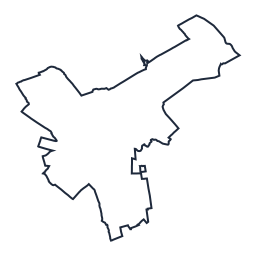 Todireni, Botosani, Romania
{"feature_id": "2599482B63116977359032", "entity_name": "Todireni", "entity_type": "district", "adm_level": 2, "iso_a3": "ROU", "parent_name": "Romania", "parent_adm1": "Botosani", "projection": "natural_earth1", "projection_center": [27.106, 47.62], "detail": "fine", "context": "isolated", "style": "outline", "palette": "slate", "viewbox_px": 256, "rotation_deg": 0, "n_neighbors": 0, "source": "geoboundaries", "source_scale": "gbopen_adm2", "svg_char_len": 5610}
<svg xmlns="http://www.w3.org/2000/svg" viewBox="0 0 256 256"><path d="M79.2,192.1L79.4,191.9L80.0,191.4L80.8,190.4L83.7,188.1L84.6,187.5L86.7,186.0L87.7,185.2L88.8,184.1L93.0,188.5L94.1,189.4L94.7,190.3L95.0,191.6L96.4,195.4L98.3,201.0L99.4,203.3L99.5,204.1L99.4,205.5L99.8,207.4L100.4,208.6L100.7,210.0L101.0,211.5L101.3,212.9L101.5,213.8L101.5,215.0L101.7,216.1L102.2,218.2L102.2,219.6L101.8,220.8L103.3,221.9L105.0,222.7L106.2,224.9L106.6,224.9L107.0,224.7L107.2,224.8L107.5,225.4L107.5,227.4L107.8,228.0L108.0,228.3L108.6,229.6L108.9,230.8L108.6,231.8L109.2,232.9L109.7,235.2L110.0,236.4L110.2,237.6L110.2,238.4L111.0,240.6L112.4,240.2L113.0,239.8L122.3,236.1L121.1,231.9L120.3,227.4L127.9,225.3L128.2,226.1L130.1,228.8L130.3,229.2L131.0,229.2L131.3,228.0L135.4,226.5L138.6,225.1L137.9,224.5L138.9,224.0L139.9,222.9L140.5,222.2L141.9,220.8L143.7,219.4L146.7,223.0L148.2,221.8L146.5,209.6L147.8,209.5L147.7,208.7L151.5,208.1L149.8,195.5L148.5,188.7L146.9,178.5L145.5,178.6L144.4,178.8L141.9,178.9L140.8,172.1L145.7,171.4L144.8,165.9L144.0,166.0L143.7,165.9L143.1,166.1L142.5,166.1L142.2,165.9L141.5,165.8L141.3,165.9L140.6,166.1L140.0,166.1L140.2,166.6L140.1,166.9L140.2,168.3L140.2,168.5L140.4,171.5L140.6,171.9L140.5,173.4L131.8,173.5L131.9,169.3L131.9,166.2L132.0,163.8L132.0,158.3L135.6,159.3L134.8,148.8L135.5,148.9L136.1,149.2L136.5,149.6L136.9,150.1L137.5,150.6L138.2,151.0L139.5,151.1L140.0,151.0L140.7,150.7L142.0,148.6L141.9,147.2L142.2,145.7L142.6,145.5L143.9,144.5L144.4,144.3L144.6,144.5L144.9,145.3L145.1,145.5L146.1,145.9L147.0,146.6L147.3,146.7L147.8,146.7L148.0,146.6L148.3,146.3L148.6,145.5L149.4,144.7L149.5,144.3L149.5,143.7L149.7,143.2L150.3,142.6L151.2,141.9L151.5,141.6L151.5,141.2L150.8,140.2L150.9,139.9L152.0,139.3L152.3,139.2L152.6,139.2L152.9,139.3L153.5,139.7L153.8,139.8L154.3,139.8L155.0,139.6L155.9,139.7L156.6,140.1L157.4,141.0L158.8,141.2L162.7,143.6L165.0,144.1L167.5,144.6L168.1,144.6L168.5,144.2L168.7,143.6L168.7,142.8L168.7,141.8L168.7,141.5L169.1,141.0L170.1,140.2L170.7,139.2L168.6,137.6L171.3,135.0L171.9,134.6L174.2,132.2L175.1,131.5L178.5,128.4L174.9,124.1L169.5,118.0L166.8,115.1L165.8,114.0L163.5,109.8L162.6,106.8L163.1,105.3L163.8,104.4L163.4,102.5L183.2,88.1L192.9,80.5L193.6,80.4L197.9,80.0L201.3,79.3L214.8,77.6L219.4,75.7L218.7,70.7L218.8,69.9L219.0,68.4L219.5,66.9L220.8,64.1L221.0,64.4L221.8,64.4L222.4,64.1L223.1,63.4L223.8,63.3L225.0,63.4L239.6,55.3L235.5,52.1L234.7,51.3L232.7,48.1L231.9,46.1L231.0,44.9L230.5,44.5L230.2,44.2L229.7,43.9L227.2,43.7L226.8,43.6L226.4,43.4L226.1,43.1L225.7,42.6L225.5,42.1L224.6,38.8L224.3,37.8L223.8,37.1L213.7,25.6L204.2,18.9L203.6,18.6L201.5,17.7L198.5,16.3L196.4,15.4L192.1,17.9L188.8,19.5L187.6,20.2L183.7,22.4L182.2,23.3L178.5,25.3L178.0,25.7L178.8,27.4L179.8,28.9L181.1,29.9L181.8,30.7L182.1,31.1L183.4,32.4L183.9,33.2L184.7,33.8L185.1,34.7L185.6,35.5L187.9,38.1L188.3,38.5L189.0,39.0L186.5,40.4L186.2,40.2L174.6,47.0L173.2,47.7L170.5,49.3L160.7,54.7L160.1,54.9L158.5,55.8L156.9,56.7L155.0,58.0L154.0,58.8L152.5,59.8L151.7,60.4L150.1,61.5L147.4,63.2L147.2,63.1L147.1,62.9L147.1,62.6L147.7,61.3L147.9,61.1L147.2,60.4L146.7,60.6L145.5,60.7L145.1,60.7L144.8,60.4L144.0,59.7L143.6,59.2L143.0,58.6L142.5,58.1L142.2,57.7L142.0,57.3L141.4,56.6L141.6,57.6L141.5,58.1L141.6,58.8L142.5,60.2L143.0,61.3L143.3,61.6L143.6,62.2L144.0,62.1L144.3,62.8L144.0,62.9L144.4,63.7L144.5,63.9L144.5,64.1L144.2,65.1L146.9,65.1L146.9,65.4L146.3,66.8L145.9,67.5L145.9,68.1L145.9,69.2L144.5,69.6L142.3,70.6L139.1,72.2L137.7,72.8L137.4,73.0L135.7,74.0L124.7,80.8L122.9,81.9L120.5,83.3L114.3,87.2L114.0,87.5L111.6,88.4L111.1,88.4L110.9,88.5L109.6,89.4L108.5,89.7L106.4,88.1L104.4,88.8L101.5,88.7L99.8,89.2L98.7,89.3L98.1,89.3L97.1,88.9L96.5,88.8L95.7,88.9L94.4,89.3L93.4,89.5L93.2,89.7L93.0,90.4L92.4,91.4L92.4,91.7L92.4,91.9L81.4,95.6L79.4,92.8L75.8,88.2L75.5,87.8L74.0,86.0L73.1,84.7L72.2,83.5L71.1,82.4L70.2,81.3L69.0,80.1L68.8,79.8L68.3,79.4L66.8,77.6L66.2,76.8L65.7,75.5L65.2,74.7L64.2,74.1L63.9,72.8L62.1,71.4L61.5,70.6L60.7,70.2L60.6,69.8L58.0,68.7L56.8,68.5L56.2,68.2L55.5,67.5L54.0,67.1L53.7,66.9L51.9,66.7L51.0,66.7L49.4,67.2L49.0,67.5L47.7,68.1L46.9,69.1L45.8,69.8L44.8,70.3L43.5,71.1L42.8,71.4L42.7,71.3L40.3,72.3L38.7,72.7L38.7,72.9L38.8,73.3L39.8,74.8L30.8,78.0L24.4,80.1L23.6,80.2L22.0,80.9L21.3,81.5L20.2,81.7L19.3,82.2L18.3,82.5L17.8,82.7L17.1,83.4L16.4,83.8L16.7,84.3L17.3,85.4L18.5,87.3L19.7,89.7L20.9,91.3L23.5,95.5L24.1,96.2L25.8,98.1L25.5,98.7L25.9,99.1L26.8,100.4L26.8,101.1L27.1,101.8L27.4,102.0L28.0,102.4L28.5,102.8L28.7,103.2L28.8,104.3L25.8,106.7L23.9,108.7L23.1,109.8L21.6,111.6L22.4,112.3L30.0,117.7L30.6,118.2L36.5,122.2L45.1,127.8L47.5,129.1L48.5,129.9L50.7,131.3L51.6,132.8L51.4,133.5L51.6,133.6L51.9,133.9L52.5,135.4L52.6,135.6L52.9,135.8L53.2,136.6L54.4,137.5L54.6,137.8L54.9,138.0L56.2,139.9L56.5,140.3L56.7,140.8L56.6,141.0L55.9,141.1L54.2,140.8L41.3,137.4L40.6,139.1L40.2,140.8L38.2,146.4L38.4,146.6L45.5,148.7L50.7,150.1L52.7,150.6L51.4,151.0L49.9,151.7L49.4,152.2L48.1,153.6L46.1,155.2L45.1,155.6L43.9,155.9L43.0,156.1L42.7,156.2L42.9,157.5L44.1,161.5L44.3,162.1L45.2,165.7L45.8,165.8L46.8,165.8L49.1,166.1L48.3,167.5L47.8,168.6L45.5,170.7L45.4,171.1L45.3,171.5L45.2,171.7L44.0,172.5L43.3,173.1L43.0,173.5L43.4,173.6L44.1,173.7L44.3,173.6L44.7,173.8L45.0,174.4L46.1,175.5L47.3,177.7L47.7,178.6L48.2,179.4L48.3,179.8L48.6,180.4L48.7,181.1L49.0,181.3L49.2,181.7L49.3,182.2L50.7,183.4L51.1,183.9L52.6,185.0L53.3,185.2L55.1,184.7L55.9,185.4L56.8,186.1L57.8,186.9L61.3,189.6L65.1,192.9L68.0,195.1L70.0,196.9L71.6,198.2L72.7,199.0L73.0,199.1L79.2,192.1Z" fill="none" stroke="#1e293b" stroke-width="2"/></svg>